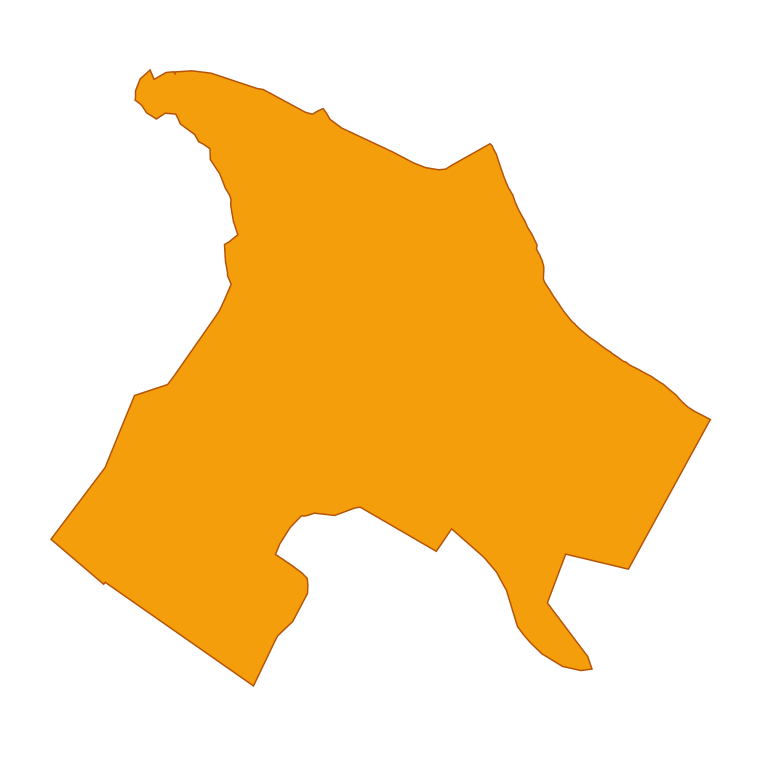 Vide Bouteille, Castries, Saint Lucia (Mercator projection), rotated 92°
{"feature_id": "8701671B48766638933033", "entity_name": "Vide Bouteille", "entity_type": "district", "adm_level": 2, "iso_a3": "LCA", "parent_name": "Saint Lucia", "parent_adm1": "Castries", "projection": "mercator", "projection_center": [-60.981, 14.025], "detail": "fine", "context": "isolated", "style": "filled", "palette": "amber", "viewbox_px": 768, "rotation_deg": 92, "n_neighbors": 0, "source": "geoboundaries", "source_scale": "gbopen_adm2", "svg_char_len": 3045}
<svg xmlns="http://www.w3.org/2000/svg" viewBox="0 0 768 768"><g transform="rotate(92 384 384)"><path d="M549.4,325.9L538.1,318.7L526.4,311.4L539.1,295.9L553.7,278.1L565.2,267.6L568.2,264.9L575.8,260.5L586.0,254.4L621.8,242.1L624.8,239.7L629.5,236.0L635.4,230.5L637.1,228.9L639.2,226.7L648.2,216.7L660.1,195.6L662.5,182.4L663.5,177.2L663.3,176.0L661.6,166.2L649.0,171.0L646.2,173.4L597.1,213.1L547.7,196.5L560.5,133.3L408.1,56.6L406.9,59.2L404.3,64.5L401.9,69.7L400.4,72.9L399.8,73.8L398.0,76.8L396.7,79.2L395.6,80.5L393.4,83.1L391.6,85.3L390.5,86.4L387.7,89.1L385.1,91.4L381.9,95.6L379.5,98.7L377.3,101.5L374.7,104.6L373.0,107.6L371.5,110.1L369.0,114.2L367.2,116.8L365.2,121.1L363.7,124.1L361.7,128.0L360.3,130.8L358.8,134.0L358.0,136.0L356.9,138.2L355.9,140.1L354.7,141.5L353.7,142.9L353.0,145.5L351.3,148.1L350.3,149.6L349.1,151.3L348.6,152.2L347.4,154.1L346.3,155.8L345.9,156.6L343.8,159.2L342.0,162.4L341.3,163.5L340.3,165.0L339.3,166.4L338.8,167.3L337.0,169.7L334.5,173.2L332.8,175.8L332.0,177.2L331.4,178.2L330.8,179.1L328.8,181.9L326.5,184.8L324.8,187.0L322.7,189.7L321.5,191.1L320.6,192.2L319.7,193.0L318.4,194.5L316.9,195.9L315.6,197.6L312.6,200.5L308.1,204.3L305.3,206.7L304.6,207.3L303.1,208.3L301.5,209.6L298.5,211.6L294.6,214.5L290.3,217.8L285.0,221.2L282.1,223.2L281.1,224.1L276.4,227.2L273.3,228.4L267.1,228.3L263.2,228.3L260.5,228.6L254.8,230.4L249.7,232.9L246.6,234.8L243.7,236.3L239.8,235.9L235.7,238.0L229.4,241.3L222.4,246.0L215.8,249.1L212.6,251.2L205.3,255.5L198.0,259.1L190.5,262.0L187.9,263.7L183.0,266.8L179.1,268.6L173.5,271.1L162.4,275.4L156.8,277.5L150.3,279.8L145.8,282.5L142.3,284.2L140.2,286.4L162.9,323.7L167.1,329.9L168.0,336.9L166.3,350.0L162.0,362.3L151.8,383.4L129.7,435.2L121.2,447.4L115.2,451.0L110.9,454.5L113.5,459.7L116.9,465.0L115.2,472.0L93.9,515.0L93.1,521.2L79.4,567.7L77.7,587.0L79.4,603.6L81.1,603.7L79.3,605.2L80.3,612.7L87.6,624.4L78.3,628.7L87.6,638.3L88.5,638.6L90.8,639.5L100.0,642.6L106.3,642.3L108.9,642.7L109.5,641.9L112.4,637.8L114.1,635.8L116.5,634.1L120.1,631.5L121.2,630.8L127.1,620.7L121.0,612.1L121.1,610.3L121.5,601.6L126.3,598.9L131.2,596.6L135.7,590.1L136.4,589.0L141.3,581.9L148.4,577.6L150.7,572.7L155.0,566.1L165.7,565.4L174.2,559.4L179.6,555.5L191.7,550.3L193.8,549.4L200.5,545.0L204.7,543.4L210.7,543.4L216.9,542.2L226.5,540.2L240.0,535.3L245.7,541.9L246.3,542.6L247.1,543.4L250.2,548.3L266.8,546.7L277.6,544.4L278.6,544.2L281.1,544.2L289.7,540.2L306.3,546.7L311.7,549.0L315.9,550.8L318.5,552.2L320.0,553.1L383.6,594.3L391.2,599.6L392.1,600.3L404.2,632.9L405.3,633.3L437.1,645.1L477.2,659.8L550.8,711.4L593.9,657.2L592.0,655.6L690.3,503.9L643.5,483.5L642.3,482.9L639.5,481.6L632.8,475.0L624.5,466.9L596.7,453.5L595.7,453.1L587.4,453.1L581.0,453.9L576.0,459.1L570.3,467.2L569.1,468.9L565.2,475.1L558.1,486.5L548.1,482.8L547.1,482.4L534.0,474.7L530.5,472.6L523.9,466.7L518.7,462.0L518.7,458.8L518.1,456.1L515.5,449.0L515.7,446.5L515.9,444.4L516.0,442.4L517.1,428.7L515.7,425.3L509.0,409.0L507.9,403.5L549.4,325.9Z" fill="#f59e0b" stroke="#b45309" stroke-width="1.5"/></g></svg>